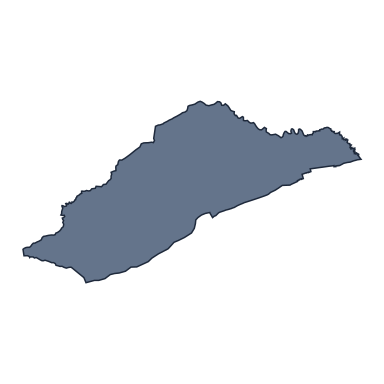 outline of Tenampa, Veracruz, Mexico
{"feature_id": "50627088B72101462893192", "entity_name": "Tenampa", "entity_type": "district", "adm_level": 2, "iso_a3": "MEX", "parent_name": "Mexico", "parent_adm1": "Veracruz", "projection": "albers", "projection_center": [-96.829, 19.258], "detail": "fine", "context": "isolated", "style": "filled", "palette": "slate", "viewbox_px": 384, "rotation_deg": 0, "n_neighbors": 0, "source": "geoboundaries", "source_scale": "gbopen_adm2", "svg_char_len": 5854}
<svg xmlns="http://www.w3.org/2000/svg" viewBox="0 0 384 384"><path d="M155.5,126.3L153.7,138.5L154.5,140.5L153.4,142.6L151.7,142.2L148.4,142.7L143.8,142.9L141.3,143.8L139.9,147.0L135.9,149.8L132.7,152.4L129.6,154.9L124.9,158.3L121.8,160.1L119.5,160.0L118.5,161.3L118.1,163.0L117.8,164.6L116.0,166.0L115.8,167.2L115.9,169.2L115.9,170.6L113.6,171.2L111.1,172.3L111.7,174.1L111.1,176.1L111.1,178.5L109.8,180.0L108.7,180.6L106.0,184.2L103.4,184.5L101.6,186.7L97.5,186.4L96.1,186.3L95.3,188.3L91.8,188.8L90.3,190.6L88.8,191.0L86.4,190.5L85.1,191.2L82.8,191.3L82.4,191.1L81.6,191.2L81.5,192.6L81.7,193.4L80.7,193.7L79.9,194.2L79.6,194.7L76.9,196.3L76.7,197.3L76.0,198.0L75.6,199.7L74.9,199.9L74.3,201.1L73.5,201.9L72.8,202.2L72.0,202.0L71.8,202.9L71.1,203.5L70.3,203.2L69.9,202.4L69.3,202.2L68.6,203.7L68.1,204.2L67.7,204.1L67.0,203.4L66.1,203.4L65.7,203.6L66.0,204.2L66.5,204.7L66.6,205.3L66.4,206.0L65.2,206.3L64.7,206.5L64.1,206.4L63.6,206.0L62.4,205.6L62.0,205.6L62.0,206.6L62.2,207.1L62.8,207.7L62.7,208.2L62.5,208.9L61.7,211.5L61.6,213.7L60.9,215.0L62.5,215.4L64.3,215.3L64.7,216.5L63.6,217.6L62.3,218.1L62.7,219.3L63.6,220.6L62.8,222.4L63.7,224.1L63.4,226.2L62.9,227.1L61.5,228.2L61.0,229.4L59.6,231.0L57.6,232.4L55.7,233.2L55.2,234.6L53.8,235.1L51.4,235.0L48.3,235.4L45.4,236.1L43.5,236.4L42.2,237.6L41.3,239.8L39.2,241.1L37.2,241.9L35.0,243.1L33.3,243.2L31.9,244.6L30.9,246.1L29.6,247.3L27.7,247.3L26.1,247.5L24.3,248.3L23.0,249.3L24.0,255.8L27.3,255.7L28.6,256.1L29.2,256.5L29.4,256.9L29.7,257.5L30.1,256.9L31.8,256.9L33.2,257.0L34.4,258.0L36.2,257.5L38.3,258.7L40.0,259.7L41.9,260.7L43.6,260.7L45.0,260.2L48.4,261.3L51.8,262.7L53.5,262.6L55.3,263.6L56.0,265.3L58.1,265.8L59.9,266.4L62.1,266.3L63.9,267.3L66.3,268.1L68.8,267.4L70.6,267.2L71.3,267.3L83.9,277.6L86.0,282.7L94.4,280.4L98.7,280.4L105.0,278.6L110.2,274.6L114.6,273.5L119.2,273.0L125.5,271.2L131.0,267.1L136.8,266.9L144.2,263.5L148.3,261.6L151.9,258.1L158.5,253.8L168.1,248.8L170.6,246.1L174.0,242.3L178.3,240.5L184.4,237.5L191.5,233.0L194.3,228.4L195.4,223.7L195.8,219.9L198.0,217.5L201.5,215.0L205.4,213.4L209.8,212.5L209.9,213.0L212.6,217.6L214.2,216.2L215.8,215.6L218.4,213.0L219.5,212.3L221.0,211.8L221.9,211.5L223.7,210.9L224.8,210.5L225.7,210.1L227.7,209.6L228.9,209.3L229.9,208.9L230.1,208.9L231.2,208.6L232.3,208.1L232.5,208.0L234.2,207.5L237.5,205.6L239.5,204.7L240.4,204.3L242.7,203.4L244.1,202.7L248.2,201.4L252.2,200.1L258.5,198.0L264.5,195.9L267.3,194.8L268.6,194.1L270.6,192.4L275.2,190.2L276.9,189.1L278.3,188.2L279.3,187.5L282.3,185.4L287.4,185.2L290.0,185.1L291.3,184.3L294.6,182.8L296.1,182.1L297.6,181.4L297.4,180.6L299.5,179.9L299.4,179.5L301.4,178.8L301.5,179.3L303.3,178.6L302.1,174.3L304.1,173.6L306.2,172.8L306.3,173.0L308.5,172.2L308.6,172.5L310.9,171.6L310.2,168.8L312.8,168.5L318.4,167.7L323.6,167.0L329.2,166.2L330.1,166.1L332.0,165.9L334.0,165.6L334.0,166.7L335.9,166.6L335.9,165.9L337.9,165.6L337.9,165.8L339.8,165.5L340.2,165.2L341.8,164.4L343.7,163.3L347.1,162.5L350.2,162.1L353.7,160.8L355.7,160.3L357.3,159.8L361.0,159.3L357.9,155.3L358.5,155.1L358.2,154.2L358.4,154.1L357.9,153.8L357.1,153.7L356.0,153.9L356.0,153.6L356.3,152.9L355.6,153.0L355.7,153.4L355.5,153.5L355.5,153.2L354.4,153.5L354.4,153.3L354.3,152.9L354.7,152.6L354.7,152.2L354.9,151.9L354.9,151.4L354.0,151.6L353.6,151.6L353.5,150.9L354.4,150.4L354.3,150.1L354.5,149.7L354.8,149.5L354.7,149.4L354.1,149.4L354.2,148.9L354.3,148.7L354.5,148.8L354.8,148.5L354.8,148.1L350.9,149.0L350.6,148.0L351.2,147.6L350.6,147.6L350.1,147.7L349.9,147.4L349.7,147.7L349.9,147.3L350.6,146.4L350.6,145.9L350.6,145.7L350.4,145.7L350.3,145.3L351.0,145.3L351.3,145.0L351.1,144.9L350.9,145.0L349.9,144.9L349.8,143.6L348.3,143.5L347.1,142.3L347.8,140.0L347.1,139.7L345.7,140.1L346.3,139.1L345.1,139.1L343.5,139.6L343.4,139.4L343.4,138.9L343.0,138.6L343.2,138.3L342.3,138.7L342.2,137.5L342.1,137.3L342.1,136.3L341.8,136.0L341.1,135.5L341.1,135.0L339.6,134.8L339.6,132.1L337.8,133.3L337.2,133.3L335.5,133.5L335.0,133.4L333.9,132.5L334.2,131.6L333.2,131.5L332.9,131.7L332.5,131.4L331.8,131.3L331.7,130.5L331.3,130.5L330.9,130.2L330.8,128.9L329.8,128.6L328.6,127.7L327.8,127.4L326.7,127.4L326.0,127.7L324.5,127.9L324.0,128.2L323.8,128.3L323.7,128.7L323.3,128.9L322.3,129.2L321.9,129.1L321.6,129.1L320.8,129.5L320.1,129.6L319.8,129.7L319.7,130.7L319.3,130.6L319.2,130.8L318.7,130.8L318.0,131.0L317.1,131.0L316.5,131.0L316.2,131.3L315.9,131.5L315.6,131.7L315.4,131.4L314.8,131.6L313.3,131.6L313.3,133.0L312.4,133.9L312.3,134.7L310.5,134.6L310.0,134.8L309.4,134.8L308.7,135.1L307.6,134.9L307.6,135.7L307.0,135.8L306.7,136.0L306.4,136.0L306.2,135.9L306.0,136.2L305.6,135.7L304.7,135.8L303.7,134.9L302.9,133.0L302.1,131.0L300.4,129.3L299.2,129.0L298.5,129.9L298.7,131.0L298.0,133.4L296.9,134.3L295.3,133.6L294.3,131.7L293.7,129.9L292.5,128.9L291.5,129.0L291.1,130.1L290.9,131.0L291.1,132.1L291.5,133.1L290.6,133.7L288.7,133.6L286.0,131.4L285.1,131.4L284.2,132.6L283.4,134.4L283.0,136.1L282.5,136.9L281.0,137.7L278.5,135.8L275.6,134.2L271.7,134.9L270.1,134.7L268.7,133.3L267.4,132.6L266.3,131.9L266.1,130.2L266.4,128.6L264.4,127.4L262.8,128.8L261.6,129.8L259.9,129.8L258.4,129.0L257.1,127.6L255.7,125.6L254.6,123.7L253.5,122.6L252.1,123.0L250.6,123.1L249.0,122.1L247.5,120.5L245.1,120.8L243.5,120.5L243.4,117.2L242.4,116.6L239.7,118.3L238.2,118.1L236.5,115.4L235.4,115.6L234.1,113.8L234.3,111.7L232.6,111.2L230.9,110.5L228.8,107.2L227.8,105.8L225.3,103.8L223.6,105.3L221.7,105.3L220.9,102.9L219.6,101.8L217.5,101.6L215.8,103.1L214.1,104.3L211.2,105.0L208.9,105.7L206.0,105.1L204.4,103.6L202.1,102.1L200.2,101.3L197.9,102.1L194.9,104.1L192.2,104.9L189.4,105.5L188.0,106.3L187.7,108.3L186.9,110.7L184.9,112.1L182.5,112.7L180.6,114.1L176.7,116.3L173.9,117.7L171.9,119.0L169.3,120.1L167.2,121.4L163.9,123.0L163.3,123.7L161.2,124.5L159.5,125.0L158.4,125.0L155.5,126.3Z" fill="#64748b" stroke="#1e293b" stroke-width="1.5"/></svg>